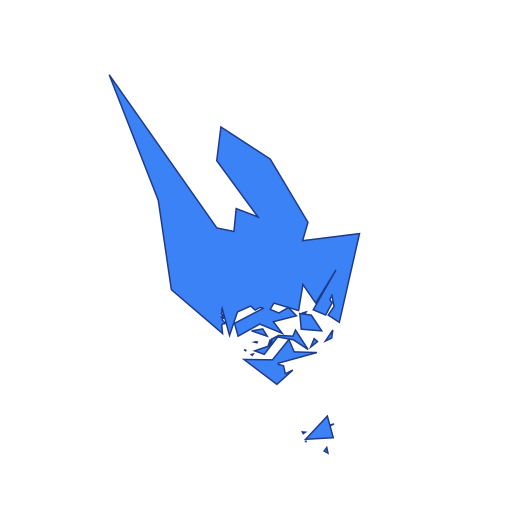 outline of David, Chiriquí, Panama, rotated 348°
{"feature_id": "35544464B4717226524239", "entity_name": "David", "entity_type": "district", "adm_level": 2, "iso_a3": "PAN", "parent_name": "Panama", "parent_adm1": "Chiriquí", "projection": "mercator", "projection_center": [-82.37, 8.424], "detail": "medium", "context": "isolated", "style": "filled", "palette": "blue", "viewbox_px": 512, "rotation_deg": 348, "n_neighbors": 0, "source": "geoboundaries", "source_scale": "gbopen_adm2", "svg_char_len": 1987}
<svg xmlns="http://www.w3.org/2000/svg" viewBox="0 0 512 512"><g transform="rotate(348 256 256)"><path d="M166.2,271.3L207.2,324.9L208.1,316.6L209.1,315.6L212.1,315.6L209.6,311.4L210.2,310.5L211.5,310.1L212.0,309.1L209.7,309.1L209.3,308.7L212.0,307.0L210.5,305.9L210.3,305.0L210.5,304.2L211.4,303.2L211.2,301.7L212.0,300.2L213.6,328.2L226.2,306.9L240.4,303.8L243.9,308.7L249.1,307.1L251.6,308.1L252.1,308.7L221.0,317.4L221.8,330.7L245.5,323.4L265.6,337.1L259.3,323.9L283.1,322.9L277.0,313.1L266.6,316.5L258.8,311.2L263.7,305.8L286.3,318.2L296.0,293.7L304.6,314.4L331.4,286.2L300.8,320.5L311.9,328.2L320.8,317.5L319.2,314.4L320.0,312.5L321.8,311.8L321.5,310.9L322.0,310.3L321.9,321.6L314.3,328.8L323.7,338.2L361.9,255.6L304.8,250.7L313.8,233.9L290.1,164.2L248.5,122.5L237.4,154.6L266.0,218.2L246.5,205.5L239.5,227.4L223.5,220.4L150.1,48.2L172.0,181.2L166.2,271.3ZM249.7,385.9L268.4,375.2L260.2,377.3L260.1,369.0L255.4,366.8L255.5,365.5L295.5,363.1L273.4,357.7L270.8,344.5L250.5,361.0L222.7,354.7L249.7,385.9ZM287.5,358.3L279.2,336.6L275.5,342.1L261.6,338.4L254.1,340.5L253.4,343.8L249.9,346.7L235.0,348.5L243.6,353.9L260.4,339.7L275.3,345.9L287.5,358.3ZM266.4,445.6L293.8,449.8L292.5,427.4L266.4,445.6ZM304.7,342.9L297.8,325.3L286.9,321.4L285.0,337.0L304.7,342.9ZM236.1,328.3L250.3,336.8L247.4,328.7L236.1,328.3ZM306.2,353.6L312.9,352.0L315.8,344.4L306.2,353.6ZM290.6,356.4L298.4,352.5L295.7,348.9L290.6,356.4ZM249.2,346.4L251.2,345.3L251.2,343.7L252.6,340.6L249.2,346.4ZM282.1,460.9L285.4,463.8L285.4,458.0L282.1,460.9ZM291.8,322.9L293.5,321.1L290.2,321.4L291.8,322.9ZM236.5,339.9L238.9,341.1L239.4,340.4L238.3,339.8L236.5,339.9ZM265.3,439.6L267.6,438.6L264.7,437.7L265.3,439.6ZM251.5,343.6L253.3,343.2L252.9,341.6L251.5,343.6ZM293.8,437.4L297.4,436.4L293.6,436.8L293.8,437.4ZM231.7,352.4L232.8,351.3L230.9,351.4L231.7,352.4ZM224.8,345.2L226.2,346.5L226.5,346.1L224.8,345.2ZM265.2,447.6L266.4,447.9L266.4,447.6L265.2,447.6Z" fill="#3b82f6" stroke="#1e3a8a" stroke-width="1.5"/></g></svg>